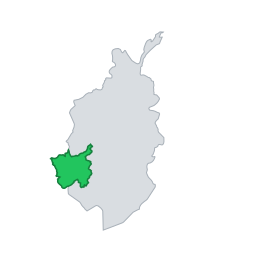 where Hirat sits in Afghanistan, rotated 320°
{"feature_id": "AFG-1742", "entity_name": "Hirat", "entity_type": "Province", "adm_level": 1, "iso_a3": "AFG", "parent_name": "Afghanistan", "parent_adm1": "", "projection": "natural_earth1", "projection_center": [62.522, 34.206], "detail": "fine", "context": "in_parent", "style": "filled", "palette": "green", "viewbox_px": 256, "rotation_deg": 320, "n_neighbors": 0, "source": "natural_earth", "source_scale": "10m", "svg_char_len": 8123}
<svg xmlns="http://www.w3.org/2000/svg" viewBox="0 0 256 256"><g transform="rotate(320 128 128)"><path d="M113.2,75.5L117.5,75.1L120.5,75.7L122.1,77.2L123.6,77.6L125.1,76.8L126.1,76.7L126.4,77.2L127.2,77.4L128.3,77.3L129.0,77.7L129.1,78.6L130.0,79.8L131.5,81.2L132.9,81.6L134.7,80.5L135.3,80.6L135.6,80.2L135.7,79.4L136.8,78.7L138.7,78.0L139.8,77.4L140.2,76.8L140.9,76.7L141.6,76.8L142.1,76.6L142.5,75.9L143.2,75.7L143.8,75.8L146.5,78.4L147.6,79.1L148.1,79.0L149.4,77.6L149.6,76.3L149.1,74.7L149.4,73.3L150.2,72.3L151.9,71.7L154.3,71.5L155.7,71.6L156.3,72.1L157.0,72.4L157.9,72.5L158.8,71.9L159.5,70.6L159.5,69.1L158.8,67.2L159.0,66.7L160.2,65.7L161.4,64.3L162.6,62.6L163.7,60.4L165.2,59.0L166.9,58.5L169.0,59.1L171.6,60.8L172.6,62.9L172.0,65.4L172.0,66.7L172.5,67.0L175.4,66.5L175.7,66.9L175.7,67.6L175.4,68.6L174.9,71.6L174.3,78.8L175.6,83.2L176.5,84.9L177.3,85.4L178.2,85.6L179.0,85.5L180.7,84.4L183.2,82.3L185.7,81.0L189.4,80.3L190.5,78.1L192.2,76.7L196.0,74.5L198.1,73.7L199.3,73.6L202.2,74.4L202.4,75.0L202.3,75.7L201.4,76.3L201.2,76.8L201.5,77.1L202.7,77.2L207.8,75.7L208.9,74.4L210.0,74.4L212.1,74.9L213.8,74.8L214.7,75.3L216.7,77.2L216.1,77.3L215.2,77.0L214.7,76.3L212.7,77.2L210.4,78.4L210.5,78.7L212.6,80.4L208.4,82.4L206.5,83.5L206.0,83.5L203.1,82.5L195.1,82.8L189.0,83.4L186.7,84.4L184.5,84.8L183.4,85.4L182.6,86.4L179.3,88.6L178.8,89.5L176.9,89.4L175.0,91.6L172.2,94.2L171.7,95.4L172.1,96.1L173.7,97.0L174.4,97.9L175.5,100.5L176.0,102.3L176.7,103.0L177.1,105.2L176.4,106.4L176.4,107.0L177.4,108.6L177.2,109.1L176.5,109.9L175.4,111.9L173.5,113.4L172.7,114.8L171.3,116.3L170.8,117.5L170.2,118.2L169.5,118.6L169.7,119.3L170.3,120.1L171.2,121.1L171.3,124.9L170.8,126.0L168.3,127.0L165.9,127.5L162.9,127.5L161.8,127.3L157.6,125.9L156.3,126.6L156.1,128.3L158.5,131.0L159.5,132.6L160.6,135.1L161.5,136.4L161.2,137.6L157.0,140.4L154.3,140.6L152.6,141.1L151.8,141.8L151.3,144.6L150.7,145.7L150.7,146.9L150.2,148.4L149.3,149.3L148.7,150.8L149.3,158.4L146.9,161.4L145.6,162.5L144.3,163.0L143.2,162.9L141.8,161.1L140.8,160.4L139.9,160.6L138.9,161.2L137.4,161.0L136.0,160.4L135.4,160.4L135.0,161.1L133.6,162.4L130.1,164.4L128.7,164.5L128.1,165.0L128.4,165.8L129.0,166.5L130.1,167.0L130.1,167.5L128.4,168.5L126.6,169.2L124.5,169.4L122.4,169.0L121.2,168.2L119.9,168.1L118.7,168.7L117.5,169.8L115.9,172.5L113.4,174.1L112.8,175.8L112.0,178.8L112.3,183.2L112.0,185.2L111.5,186.4L111.6,187.5L112.5,188.6L112.1,189.4L111.4,190.2L110.8,190.7L97.1,194.9L94.9,195.0L93.7,194.8L89.9,194.8L88.3,195.1L86.7,195.7L85.5,196.4L84.6,197.5L82.9,196.9L77.8,195.8L64.1,197.2L62.7,197.0L43.4,190.3L55.3,175.4L55.7,174.1L55.7,171.7L55.0,168.4L53.8,166.9L43.3,165.2L42.9,162.6L43.1,161.5L42.9,159.3L42.9,157.6L43.4,154.8L43.4,153.6L40.1,141.2L40.1,140.0L42.1,137.1L44.6,134.3L44.5,133.8L43.2,133.5L41.3,133.5L40.3,133.1L39.6,132.3L39.3,131.2L39.8,129.2L39.3,125.3L41.3,122.0L44.3,121.8L42.8,119.5L42.4,119.2L42.3,118.8L42.5,118.4L43.3,118.2L45.1,116.7L45.2,115.9L46.7,113.6L46.6,112.6L47.6,110.0L47.1,108.2L47.0,107.2L48.1,106.6L48.8,104.1L49.2,103.5L49.3,102.9L49.0,101.9L50.1,101.8L51.0,103.0L52.5,104.4L53.5,104.8L54.7,105.0L57.4,104.5L58.0,104.6L60.8,107.0L61.3,107.6L61.5,108.5L62.0,108.8L62.9,107.9L63.9,107.6L65.7,107.8L66.7,107.5L71.2,104.6L71.6,102.7L72.0,101.6L72.6,101.0L71.9,98.9L72.1,98.4L72.7,98.3L74.3,98.3L81.2,95.9L83.0,95.9L83.4,95.7L83.5,95.1L84.0,94.4L87.3,92.6L89.2,90.9L89.8,89.5L92.9,78.8L94.5,77.8L96.2,77.1L101.9,76.9L103.0,73.6L103.5,72.8L104.5,72.1L108.7,74.4L113.2,75.5Z" fill="#d9dde1" stroke="#a8b0b8" stroke-width="1"/><path d="M65.6,108.0L65.9,108.0L66.8,107.6L67.1,107.3L67.3,107.1L67.6,106.8L68.4,106.4L68.4,106.5L67.9,107.9L66.8,109.7L66.7,110.0L66.5,110.8L66.4,111.3L66.2,113.0L66.3,113.4L66.4,113.8L66.5,113.8L67.0,114.1L67.4,114.1L67.5,114.1L68.0,114.6L68.3,114.9L68.5,115.0L68.9,115.1L69.0,115.1L69.3,115.4L69.5,115.5L70.2,115.6L70.4,115.6L70.5,115.6L70.7,116.0L70.9,116.1L71.0,116.4L71.0,116.8L71.9,117.0L72.7,117.4L72.9,117.3L73.4,116.9L73.5,116.9L75.0,117.0L75.9,117.3L76.4,117.6L76.5,117.8L77.2,118.1L77.4,118.2L78.1,118.3L78.3,118.3L78.5,118.3L78.6,118.2L79.6,118.5L80.0,118.7L80.2,118.9L80.3,118.9L80.6,118.9L83.1,118.1L84.0,117.4L84.4,117.3L84.5,117.3L84.6,117.2L84.6,116.9L84.8,116.7L85.2,116.5L85.5,116.3L86.8,116.3L87.1,116.4L87.4,116.5L87.5,116.5L88.9,116.4L88.7,117.8L88.7,118.2L88.8,118.4L89.0,118.8L89.0,119.1L88.9,119.2L88.8,119.3L88.7,119.2L88.4,119.2L88.2,118.8L87.7,119.0L87.2,119.1L86.9,119.3L86.7,119.4L86.6,119.5L86.4,119.5L86.2,119.4L85.8,119.4L85.7,119.4L85.5,119.5L85.4,119.6L85.4,119.8L85.4,120.4L85.4,120.8L85.4,121.1L85.4,121.3L85.3,121.5L85.6,121.9L85.6,122.0L85.6,122.3L85.5,122.6L85.4,122.7L85.2,122.8L84.9,122.9L84.7,123.1L84.5,123.3L84.4,123.3L84.1,123.3L83.9,123.3L83.7,123.3L83.1,123.0L82.9,123.3L82.7,123.4L81.1,123.4L80.9,123.3L80.7,123.1L80.6,122.9L80.3,122.8L80.0,122.7L79.8,122.6L78.7,122.5L76.7,122.6L76.5,123.5L76.2,124.2L75.4,125.3L75.4,125.6L75.9,126.5L76.0,126.6L76.1,127.0L76.6,127.6L76.9,127.8L77.0,128.1L77.1,128.3L77.3,128.9L77.3,129.0L77.7,129.4L77.8,129.6L77.8,129.8L77.7,130.0L77.4,130.1L77.0,130.2L76.9,130.2L76.9,130.3L76.8,130.5L77.0,131.1L77.0,131.3L76.8,131.7L76.5,132.0L76.2,132.1L75.0,132.2L73.6,132.6L73.4,132.7L73.3,132.8L73.1,133.0L72.9,133.1L72.7,133.1L72.2,133.3L71.7,133.7L71.5,133.9L71.5,134.0L71.7,134.4L71.7,134.6L71.7,134.9L71.7,135.0L71.8,135.2L72.1,135.6L72.1,135.8L72.2,136.0L72.2,136.3L72.3,136.9L72.3,137.2L72.1,137.3L71.8,137.5L71.7,137.6L71.6,137.8L71.5,138.1L71.3,138.7L71.2,138.9L71.2,139.1L71.1,139.4L70.8,139.7L69.7,140.1L69.6,139.8L69.3,139.8L68.2,140.2L67.9,140.3L67.4,140.2L67.2,140.3L67.1,140.5L67.0,140.8L66.9,141.0L66.7,141.1L66.2,141.2L65.5,141.4L65.4,141.4L65.2,141.3L64.9,141.2L64.6,141.1L63.9,141.5L63.6,141.7L63.3,142.0L63.1,142.1L62.9,142.3L62.8,142.6L62.8,142.9L62.8,143.0L62.8,143.3L62.5,144.1L62.5,144.5L62.4,144.5L62.1,144.5L61.8,144.5L61.4,144.6L60.3,144.7L60.0,144.7L59.8,144.8L59.7,144.9L59.3,145.3L59.0,145.4L58.8,145.4L58.6,145.4L58.4,145.1L58.3,144.8L58.2,144.5L58.2,144.3L58.1,144.1L58.1,143.7L57.9,143.6L57.7,143.7L57.0,144.2L56.6,144.8L56.4,144.9L56.2,144.9L56.0,144.7L55.5,144.2L55.4,144.0L55.3,143.9L55.2,143.8L54.4,143.8L54.2,143.7L53.9,143.4L53.9,143.2L53.9,142.6L54.0,142.1L54.1,141.9L54.2,141.7L54.5,141.5L54.6,141.4L54.7,141.2L54.8,141.1L55.4,140.5L55.6,140.2L56.0,139.8L56.2,139.7L55.6,138.6L55.1,138.0L55.1,137.9L55.1,137.7L55.3,137.5L55.4,137.4L55.6,137.2L55.8,136.9L56.0,136.6L56.0,135.8L56.0,135.7L56.3,135.4L56.4,135.1L56.3,134.9L56.2,134.8L55.4,134.6L54.4,134.5L54.1,134.5L53.8,134.5L53.7,134.3L53.1,134.2L52.5,134.2L52.2,134.2L52.1,134.3L51.9,134.7L51.8,134.8L51.6,134.9L51.3,135.0L51.1,135.0L50.7,134.9L50.3,134.9L48.5,135.1L47.7,135.0L46.0,134.6L45.3,134.3L44.6,134.2L44.3,133.8L44.1,133.7L43.7,133.6L43.2,133.5L42.3,133.6L41.4,133.5L40.3,133.1L39.6,132.3L39.3,131.2L39.4,130.7L39.8,129.8L39.8,129.2L39.4,126.8L39.3,125.3L39.4,124.6L39.7,123.9L40.1,123.4L40.6,122.9L41.2,122.6L41.4,122.4L41.3,122.0L44.3,121.8L44.2,121.6L43.3,120.3L43.1,119.9L42.8,119.6L42.5,119.5L42.4,119.4L42.3,119.0L42.2,118.9L42.2,118.5L42.5,118.3L43.2,118.2L43.5,118.2L44.3,117.3L44.3,117.2L44.6,117.0L44.8,117.0L45.1,117.0L45.2,116.8L45.3,116.4L45.2,116.0L45.2,115.7L45.5,115.4L45.8,115.1L46.1,114.6L46.2,114.4L46.5,114.2L46.6,113.7L46.7,113.2L46.6,112.6L46.7,112.4L46.8,112.1L46.9,111.7L47.1,111.1L47.2,110.5L47.3,110.3L47.6,109.8L47.4,109.7L47.5,109.3L47.0,108.6L47.0,108.4L47.2,108.2L47.0,107.5L47.1,107.1L47.3,107.0L47.6,107.0L47.8,106.9L48.1,106.8L48.2,106.5L48.1,105.7L48.2,105.4L48.3,105.3L48.5,104.9L48.7,104.3L48.8,104.0L49.1,103.6L49.3,103.3L49.4,103.0L49.3,102.7L49.2,102.1L49.1,101.9L49.3,101.9L49.9,101.7L50.0,101.7L50.1,101.8L50.3,101.9L50.1,102.1L50.3,102.2L50.5,102.4L50.5,102.5L50.7,102.9L50.8,103.0L51.1,103.1L51.9,103.8L52.4,104.5L53.3,104.8L54.9,105.1L55.7,105.0L57.2,104.5L57.9,104.5L58.3,104.7L58.6,104.9L59.8,106.2L60.2,106.4L60.9,106.7L61.1,106.9L61.2,107.1L61.3,107.4L61.3,107.7L61.3,108.3L61.3,108.5L61.6,109.1L61.7,109.3L61.9,109.1L63.1,107.5L63.5,107.1L63.8,107.1L64.7,107.9L64.8,107.9L65.2,107.9L65.5,108.0L65.6,108.0Z" fill="#22c55e" stroke="#15803d" stroke-width="1.5"/></g></svg>